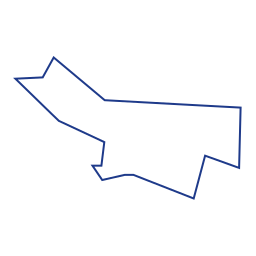 outline of Terekeka, Central Equatoria, South Sudan
{"feature_id": "79223893B10688999436649", "entity_name": "Terekeka", "entity_type": "district", "adm_level": 2, "iso_a3": "SSD", "parent_name": "South Sudan", "parent_adm1": "Central Equatoria", "projection": "mercator", "projection_center": [31.189, 5.687], "detail": "fine", "context": "isolated", "style": "outline", "palette": "blue", "viewbox_px": 256, "rotation_deg": 0, "n_neighbors": 0, "source": "geoboundaries", "source_scale": "gbopen_adm2", "svg_char_len": 334}
<svg xmlns="http://www.w3.org/2000/svg" viewBox="0 0 256 256"><path d="M239.1,167.9L240.6,107.6L188.7,104.8L104.7,100.2L53.7,57.5L42.7,77.4L15.4,78.7L51.5,113.8L58.9,120.9L104.3,142.1L101.4,165.7L92.5,165.7L102.2,180.0L124.6,174.9L133.5,174.9L193.7,198.5L205.1,155.7L239.1,167.9Z" fill="none" stroke="#1e3a8a" stroke-width="2"/></svg>